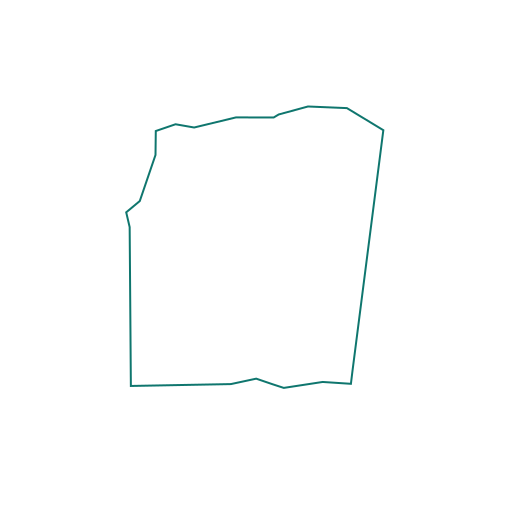 Fluvanna, Virginia, United States of America (Natural Earth projection), rotated 152°
{"feature_id": "52423323B11233597395772", "entity_name": "Fluvanna", "entity_type": "district", "adm_level": 2, "iso_a3": "USA", "parent_name": "United States of America", "parent_adm1": "Virginia", "projection": "natural_earth1", "projection_center": [-78.273, 37.848], "detail": "fine", "context": "isolated", "style": "outline", "palette": "teal", "viewbox_px": 512, "rotation_deg": 152, "n_neighbors": 0, "source": "geoboundaries", "source_scale": "gbopen_adm2", "svg_char_len": 428}
<svg xmlns="http://www.w3.org/2000/svg" viewBox="0 0 512 512"><g transform="rotate(152 256 256)"><path d="M285.8,413.4L297.3,392.4L332.8,359.1L350.1,355.5L354.0,340.8L427.5,200.0L338.3,154.7L313.4,147.6L301.5,134.9L293.4,126.5L256.3,113.5L232.2,98.6L225.0,108.9L84.5,307.3L106.3,343.9L139.9,363.6L169.5,370.3L175.3,370.0L208.7,387.8L250.3,398.5L265.2,410.1L285.8,413.4Z" fill="none" stroke="#0f766e" stroke-width="2"/></g></svg>